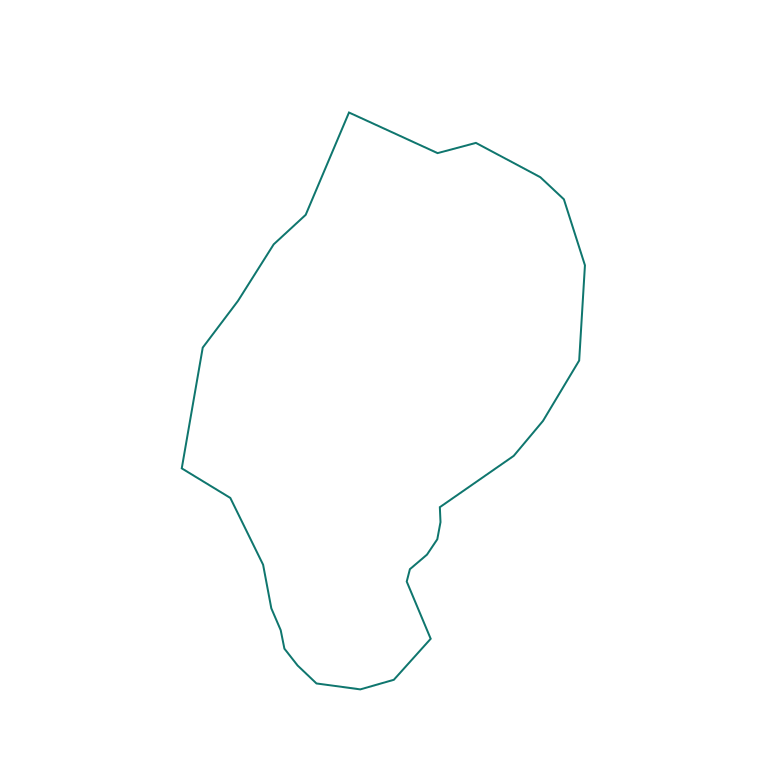 the Municipality of Ig, rotated 46°
{"feature_id": "SVN-953", "entity_name": "Ig", "entity_type": "Municipality", "adm_level": 1, "iso_a3": "SVN", "parent_name": "Slovenia", "parent_adm1": "", "projection": "natural_earth1", "projection_center": [14.53, 45.933], "detail": "fine", "context": "isolated", "style": "outline", "palette": "teal", "viewbox_px": 768, "rotation_deg": 46, "n_neighbors": 0, "source": "natural_earth", "source_scale": "10m", "svg_char_len": 537}
<svg xmlns="http://www.w3.org/2000/svg" viewBox="0 0 768 768"><g transform="rotate(46 384 384)"><path d="M376.1,126.3L438.2,157.0L502.7,227.3L521.0,295.3L525.8,340.6L511.4,429.4L522.6,439.3L532.7,453.5L536.6,471.6L535.2,494.0L541.9,504.9L599.7,527.4L603.6,582.4L587.2,613.2L552.5,640.6L526.5,641.7L505.2,639.5L489.3,629.3L467.1,620.9L430.0,596.5L359.2,573.7L304.2,588.1L231.9,489.1L222.8,431.4L206.9,366.3L207.9,322.8L164.4,220.6L255.1,185.1L274.4,150.4L343.9,127.9L376.1,126.3Z" fill="none" stroke="#0f766e" stroke-width="2"/></g></svg>